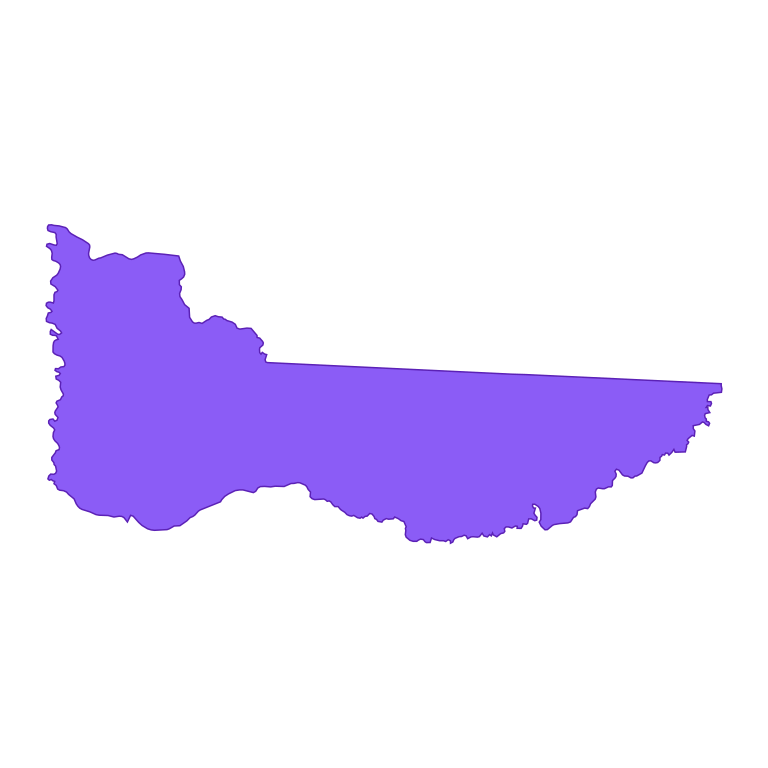 outline of Porto Alegre do Norte, Mato Grosso, Brazil
{"feature_id": "56859067B37465571379655", "entity_name": "Porto Alegre do Norte", "entity_type": "district", "adm_level": 2, "iso_a3": "BRA", "parent_name": "Brazil", "parent_adm1": "Mato Grosso", "projection": "mercator", "projection_center": [-51.745, -10.764], "detail": "fine", "context": "isolated", "style": "filled", "palette": "violet", "viewbox_px": 768, "rotation_deg": 0, "n_neighbors": 0, "source": "geoboundaries", "source_scale": "gbopen_adm2", "svg_char_len": 5961}
<svg xmlns="http://www.w3.org/2000/svg" viewBox="0 0 768 768"><path d="M503.6,532.9L504.8,531.4L504.3,528.6L506.1,526.9L508.3,526.9L511.9,528.0L515.4,526.0L517.3,526.3L517.1,528.3L521.1,528.4L522.5,526.2L523.1,523.8L526.4,524.3L527.6,523.3L528.7,518.9L531.3,518.8L534.8,520.7L536.7,520.1L537.0,517.3L535.2,515.3L533.9,513.2L535.4,508.1L533.5,508.0L532.5,506.0L532.7,504.3L534.8,504.2L538.3,506.5L539.8,508.5L540.9,513.2L540.8,519.7L539.2,522.1L541.2,526.2L545.0,529.8L547.4,529.6L552.4,525.4L554.0,524.6L559.7,523.6L567.9,522.9L570.5,521.9L573.5,517.4L575.5,516.6L577.0,514.7L577.5,510.7L584.7,508.1L587.7,508.6L589.4,506.6L590.6,503.7L595.2,499.1L595.9,496.9L595.3,492.0L596.4,489.1L598.3,488.0L602.5,488.7L604.4,488.7L608.6,486.8L611.2,486.9L612.3,485.5L612.5,480.6L615.0,478.1L616.0,476.5L616.2,474.1L614.9,471.2L616.4,469.2L619.0,470.2L622.5,474.9L624.5,476.0L628.0,476.2L631.0,477.9L633.0,477.8L635.0,476.1L636.7,476.0L641.9,473.1L645.4,465.7L647.1,462.7L648.7,461.0L650.8,460.8L653.8,462.7L655.7,462.9L657.7,462.5L659.9,460.4L660.0,457.4L661.6,456.2L662.3,454.6L664.5,455.0L665.6,453.1L667.8,453.2L669.0,455.1L671.8,452.4L673.9,449.4L675.1,452.2L685.3,451.9L686.6,446.7L686.6,444.7L687.9,443.8L688.7,442.1L687.1,440.4L688.2,438.6L692.1,435.4L694.3,436.1L694.9,431.0L693.3,428.7L693.2,425.7L699.5,424.4L702.4,422.0L704.0,422.4L705.9,424.4L708.6,425.8L709.6,423.3L708.5,421.8L706.3,421.2L706.3,419.0L705.1,417.8L704.6,415.3L705.3,413.6L709.8,412.6L707.9,409.5L707.8,407.3L706.2,407.4L707.5,405.5L710.4,406.0L711.5,403.5L710.9,401.6L707.4,401.6L707.3,399.5L709.2,395.0L711.5,394.8L713.5,393.2L721.4,392.3L721.9,388.9L721.2,385.6L721.2,383.7L525.7,374.6L511.9,374.2L267.3,362.6L265.8,362.0L265.1,359.7L266.7,354.6L264.7,354.1L262.3,352.4L261.0,354.1L259.7,352.6L259.5,349.3L259.8,347.7L262.9,345.0L263.3,342.9L262.6,341.4L259.7,338.1L257.1,337.5L257.0,335.4L251.1,328.4L246.9,328.1L239.8,329.1L237.0,328.1L235.3,324.3L232.1,322.1L226.8,320.5L225.3,319.3L223.7,319.0L222.1,317.1L218.2,316.7L215.2,315.7L211.4,317.0L209.1,319.4L206.8,320.3L202.1,323.4L199.0,322.5L196.0,323.2L194.3,323.1L192.5,321.9L189.6,317.3L189.1,308.3L184.6,304.6L182.2,300.0L179.9,296.5L179.6,293.4L181.1,289.7L181.3,286.8L179.4,284.7L179.3,280.4L181.5,278.9L183.6,277.0L184.7,274.3L184.6,271.9L183.3,266.5L180.4,261.1L178.7,256.0L164.3,254.3L148.5,252.9L146.0,253.0L140.7,254.9L137.4,257.1L133.8,258.8L131.6,259.4L128.9,258.8L122.3,254.7L118.6,254.3L116.8,253.4L115.0,253.1L107.4,255.1L100.7,257.9L98.8,258.2L94.9,260.0L93.0,260.3L90.8,259.3L89.5,257.7L88.7,255.3L88.6,253.2L89.8,247.0L89.6,245.1L88.5,243.7L82.6,239.8L77.1,237.1L71.0,233.6L69.1,231.9L67.2,228.9L65.6,227.6L59.1,225.9L53.9,225.4L51.6,224.8L48.6,225.0L47.6,226.6L47.4,228.3L48.0,230.5L50.7,231.7L54.9,232.6L56.2,234.4L56.1,237.0L57.2,243.6L56.3,245.3L54.2,245.0L49.7,243.5L47.0,244.2L46.5,246.3L49.9,248.6L51.4,250.4L52.2,253.3L51.7,257.3L51.9,259.5L53.3,260.5L55.7,261.2L58.6,262.9L60.1,264.5L60.6,266.4L60.1,269.1L58.2,273.3L56.7,275.2L52.9,277.7L50.6,281.1L50.9,284.0L55.3,286.7L57.9,290.2L57.0,291.6L55.0,292.3L54.0,294.8L54.0,300.9L53.4,303.0L50.1,302.1L48.3,302.2L46.5,303.2L46.1,305.6L47.7,307.7L50.4,309.2L52.0,311.3L50.9,312.4L48.3,313.0L47.4,315.9L46.2,318.5L46.5,321.4L49.4,322.7L52.1,323.1L55.2,324.4L57.1,328.3L60.5,331.0L61.6,332.9L59.6,334.4L57.8,334.3L51.2,329.5L50.3,331.4L50.3,334.2L52.6,335.3L55.0,335.4L56.5,335.9L58.2,339.3L56.1,339.9L54.5,340.9L53.6,342.5L53.1,345.7L53.0,352.0L54.4,353.7L57.0,355.1L60.0,356.0L62.0,357.4L64.2,361.1L64.9,363.4L64.9,365.3L63.9,366.6L60.8,367.0L58.5,368.7L55.5,368.6L55.0,370.3L56.9,371.7L58.9,372.2L60.3,373.5L59.1,375.3L55.8,376.2L56.2,379.0L58.8,380.3L60.7,382.3L60.2,387.0L61.0,389.8L63.4,394.1L63.2,395.8L61.8,396.9L60.4,399.7L56.9,401.2L56.1,402.9L57.4,405.0L58.1,406.9L55.3,411.0L54.8,412.6L55.2,414.4L58.0,417.5L57.0,420.2L54.8,421.2L53.0,419.0L49.9,419.5L48.7,420.9L48.7,423.1L50.2,425.3L53.6,428.0L54.7,429.9L53.4,432.6L53.0,436.4L53.5,438.6L54.9,440.8L57.6,443.4L58.9,445.6L59.5,447.4L59.1,449.6L56.1,450.7L55.3,452.8L51.8,457.4L51.8,460.0L53.9,462.7L54.1,464.5L55.6,466.1L56.6,471.1L55.6,473.3L53.9,474.3L50.7,474.1L48.8,476.0L47.9,478.9L49.3,480.2L51.3,479.5L52.7,480.7L54.7,481.4L54.0,483.7L56.2,485.4L57.7,489.1L59.7,490.2L63.6,490.7L66.6,492.1L68.6,494.4L74.1,498.9L76.2,503.8L77.9,506.3L79.8,508.2L82.0,509.4L90.0,511.9L96.0,514.6L99.2,515.2L108.1,515.5L113.9,517.0L119.3,516.2L121.8,516.4L124.0,517.6L127.4,522.0L130.6,515.3L133.2,516.2L138.7,522.4L142.1,525.5L147.6,528.8L151.2,529.9L154.5,530.3L167.1,529.6L169.3,528.8L174.2,526.0L179.9,525.7L186.8,520.9L190.1,517.6L192.8,516.5L194.8,515.1L198.4,511.1L200.3,509.9L220.5,501.8L221.7,499.7L224.7,496.4L228.5,493.9L235.2,490.6L239.6,489.9L242.9,489.9L253.4,492.6L255.7,491.3L257.8,488.0L260.3,486.6L264.6,486.4L270.7,486.9L275.3,486.2L284.1,486.5L291.0,483.5L294.0,483.4L297.7,482.6L299.9,482.8L305.4,485.2L306.8,486.7L308.2,489.5L310.5,492.0L310.1,496.7L312.1,498.7L314.7,499.6L323.7,499.0L325.4,499.7L327.2,501.3L329.2,500.9L330.9,502.0L332.8,504.7L334.8,506.6L338.2,506.6L340.0,508.9L341.2,510.0L344.8,512.3L347.0,514.6L349.4,515.7L351.7,516.1L353.8,515.4L357.5,517.7L360.1,518.2L361.6,517.1L363.0,518.1L365.0,516.4L367.2,516.1L369.7,513.5L372.0,514.0L374.1,516.5L374.8,518.6L376.5,519.4L378.0,521.4L381.9,522.1L383.2,520.2L386.2,518.6L388.6,519.2L393.3,518.8L394.7,517.0L398.4,518.7L401.1,520.7L403.9,521.5L406.2,526.8L405.4,528.4L405.8,530.5L405.3,534.7L406.2,537.2L409.9,540.3L413.1,541.3L416.8,541.3L418.4,540.1L420.6,539.1L423.4,539.6L425.0,541.7L426.4,542.6L430.1,542.5L431.5,538.0L434.6,539.5L439.5,540.7L443.5,540.7L445.7,541.5L448.2,539.7L450.4,540.8L450.5,543.2L452.8,542.0L453.8,539.7L455.0,538.4L459.0,536.7L461.6,536.5L464.1,535.2L466.1,535.8L467.7,538.7L471.0,536.9L473.0,536.7L477.6,537.1L479.4,536.6L482.1,533.2L483.9,536.0L487.4,536.9L489.6,534.6L491.3,535.9L492.5,533.0L493.3,534.9L496.8,536.8L500.7,533.6L503.6,532.9Z" fill="#8b5cf6" stroke="#5b21b6" stroke-width="1.5"/></svg>